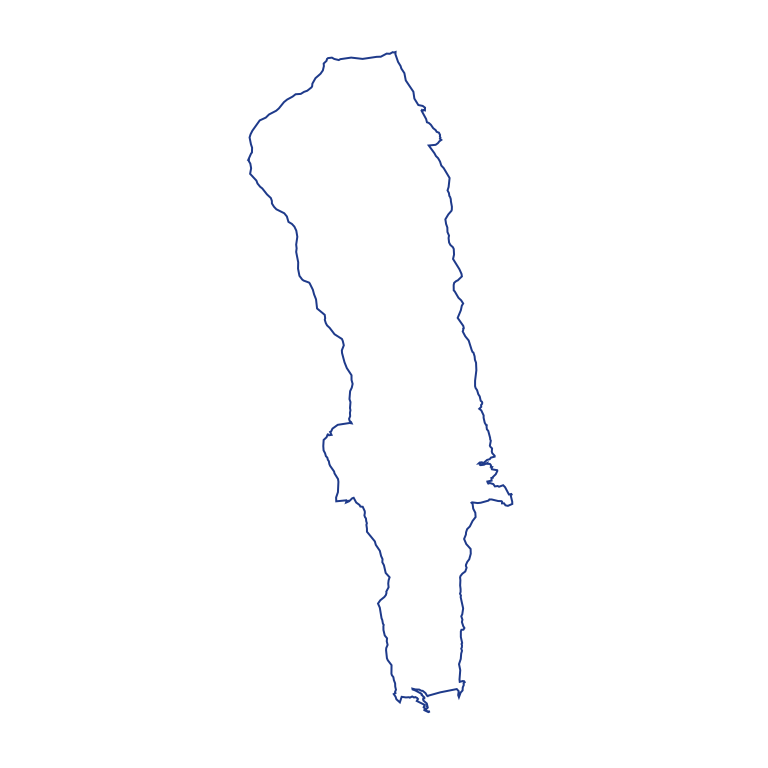 the district of Berlesti, Gorj, Romania, rotated 356°
{"feature_id": "2599482B7961046416190", "entity_name": "Berlesti", "entity_type": "district", "adm_level": 2, "iso_a3": "ROU", "parent_name": "Romania", "parent_adm1": "Gorj", "projection": "equal_earth", "projection_center": [23.658, 44.916], "detail": "fine", "context": "isolated", "style": "outline", "palette": "blue", "viewbox_px": 768, "rotation_deg": 356, "n_neighbors": 0, "source": "geoboundaries", "source_scale": "gbopen_adm2", "svg_char_len": 6128}
<svg xmlns="http://www.w3.org/2000/svg" viewBox="0 0 768 768"><g transform="rotate(356 384 384)"><path d="M436.9,701.7L438.9,697.2L441.0,695.2L441.4,692.2L442.6,689.8L442.5,688.0L443.7,687.1L443.2,686.1L441.9,685.8L438.8,686.4L438.7,684.1L440.1,674.8L439.3,668.7L441.4,663.6L442.2,658.3L443.2,655.6L442.6,653.3L443.3,652.2L443.6,649.9L443.2,648.8L443.9,647.8L443.0,641.7L443.4,636.2L444.1,634.6L446.1,634.6L447.2,633.0L446.2,631.2L445.1,626.9L445.8,624.6L444.9,621.1L446.0,619.2L447.3,613.4L445.6,601.9L446.0,600.4L445.2,598.5L445.9,596.7L446.1,593.9L445.9,590.3L446.5,585.1L446.4,582.3L446.9,580.9L448.9,578.7L452.0,576.7L453.6,573.0L453.0,571.2L453.2,570.0L454.7,567.2L456.8,564.8L458.7,559.4L458.9,554.6L454.9,549.4L453.1,544.2L455.2,539.9L455.5,537.7L456.8,534.6L459.7,532.1L462.8,526.8L466.1,523.1L466.1,518.8L464.3,514.6L464.0,509.7L463.0,508.6L463.6,508.2L469.1,509.3L472.2,509.2L480.1,507.6L481.1,506.5L483.4,506.7L489.7,508.7L493.1,509.1L493.6,509.7L493.4,511.3L495.4,511.4L496.7,513.5L499.1,514.2L503.6,512.6L503.7,510.4L502.6,503.8L503.6,503.2L503.3,502.6L500.9,502.9L497.6,495.4L495.8,493.3L491.6,494.5L490.3,493.7L487.5,493.9L486.1,491.5L482.8,490.2L481.1,490.6L480.5,489.5L480.3,488.5L484.6,487.9L484.6,485.2L486.0,485.1L486.1,484.4L489.2,481.8L491.0,478.6L490.9,477.9L485.7,476.6L485.4,475.5L486.1,474.4L484.8,474.1L485.1,473.2L484.8,472.1L484.0,471.1L481.2,470.8L481.5,470.0L478.1,471.5L474.7,471.7L474.2,471.4L474.7,469.9L472.9,469.9L474.0,469.0L476.0,468.9L476.1,469.5L477.2,469.5L477.3,470.6L477.9,470.7L478.9,468.9L481.6,466.9L484.2,466.4L485.5,464.9L489.3,464.2L489.4,463.4L487.2,460.6L486.8,459.0L487.3,455.8L485.8,454.1L485.3,453.0L486.6,448.0L486.1,446.7L486.1,445.1L484.7,438.0L483.5,436.4L483.3,433.9L483.6,432.3L483.0,432.1L481.8,429.7L481.0,424.6L481.2,422.3L479.2,417.1L477.3,415.4L479.4,413.6L479.4,411.7L480.5,410.6L480.7,409.4L480.4,408.5L479.3,407.5L478.6,403.0L477.4,400.9L476.4,396.6L475.1,394.4L474.7,392.5L475.1,387.0L477.1,376.7L477.3,369.2L476.4,366.2L476.3,362.7L475.4,358.9L474.5,358.2L473.8,356.1L471.5,346.5L468.4,342.1L466.2,337.1L466.9,335.4L466.8,334.4L467.5,333.8L467.1,331.5L462.1,323.2L465.8,315.8L467.1,311.3L468.6,309.2L466.8,305.9L464.3,303.2L461.0,296.5L460.1,295.5L460.4,290.1L461.1,287.9L463.3,286.3L464.8,285.8L469.2,282.1L469.0,279.6L467.2,274.7L461.6,264.1L462.9,259.8L463.0,254.2L462.3,252.4L459.9,249.9L458.8,247.4L458.6,242.9L459.2,240.5L457.9,236.8L458.1,232.3L457.1,228.7L456.7,224.0L460.0,219.3L463.4,215.9L463.8,214.8L464.1,211.9L463.5,206.5L463.5,204.2L463.0,202.1L462.3,200.9L462.1,198.1L460.9,195.3L462.2,192.0L463.8,183.1L458.6,172.8L456.4,170.1L455.4,166.0L453.7,162.5L451.7,160.2L450.4,157.3L445.3,149.2L452.2,149.0L454.6,147.5L456.2,145.7L458.2,144.5L456.9,143.2L457.5,142.1L457.0,141.1L457.3,139.5L456.3,137.1L454.1,136.1L453.3,134.4L450.9,132.2L448.8,128.6L446.9,126.7L445.1,125.9L444.5,122.6L440.5,113.9L441.0,113.3L441.8,114.2L442.6,113.4L443.9,113.9L444.2,111.2L442.0,109.3L437.7,108.1L434.2,101.4L433.7,94.5L426.9,82.7L426.0,75.3L423.3,70.5L422.7,67.9L420.5,63.7L418.4,55.9L418.7,53.6L417.1,54.0L415.8,53.6L412.9,55.0L409.7,54.6L403.6,57.3L399.8,57.1L385.3,58.2L374.0,56.1L363.1,56.9L361.5,57.7L357.1,56.3L354.8,54.8L350.9,55.0L349.8,55.8L349.2,57.6L346.2,60.1L346.2,62.7L344.9,66.9L342.3,70.1L337.0,74.1L333.5,79.4L333.1,81.9L332.4,83.0L327.9,86.1L324.6,87.0L321.2,88.8L316.0,88.8L312.9,90.9L307.2,93.5L303.9,95.8L298.3,101.8L295.5,103.9L288.1,107.1L284.7,110.0L278.4,112.4L270.4,122.1L268.3,125.6L267.1,128.7L268.0,135.6L268.9,139.1L268.4,143.9L267.5,144.8L264.3,150.8L264.9,150.8L264.7,152.2L266.0,154.8L266.5,159.5L265.1,165.0L270.9,172.2L271.8,175.2L274.2,178.6L276.2,180.4L280.5,186.7L284.1,190.6L284.9,193.5L284.8,196.1L286.6,199.5L288.8,202.2L296.4,206.7L298.8,210.1L300.0,215.6L303.3,217.9L305.6,220.8L307.2,224.9L307.8,231.1L306.1,238.9L306.3,242.6L305.6,246.1L306.9,256.6L306.3,263.0L307.2,270.2L309.7,274.1L311.0,275.2L316.3,277.6L316.9,278.4L319.6,285.0L320.5,289.7L322.1,294.8L322.5,304.0L329.7,310.9L329.9,314.3L329.4,315.8L330.2,319.2L331.3,321.6L333.7,324.2L338.1,330.9L345.2,336.2L345.9,338.3L346.6,342.6L344.3,347.5L344.3,350.2L346.1,359.5L348.0,365.5L352.2,373.0L351.9,377.7L352.7,381.7L351.6,385.4L349.7,388.8L348.5,396.7L349.3,399.7L348.4,405.6L348.7,407.8L348.0,410.4L348.0,413.7L346.7,416.4L347.2,418.5L348.5,419.7L349.0,421.0L347.0,420.5L335.0,421.5L329.5,424.9L327.9,427.7L326.9,428.1L328.1,431.1L325.4,431.3L324.5,430.3L324.2,430.5L323.0,433.1L319.9,435.6L319.1,441.7L319.1,446.0L320.4,449.0L321.0,451.9L322.3,453.5L322.7,455.7L323.6,457.2L323.9,460.0L324.5,461.8L328.1,467.8L328.4,469.7L331.5,475.6L331.7,478.4L330.5,488.7L328.3,493.9L328.2,497.7L338.3,497.4L338.5,498.2L338.1,499.2L340.8,497.7L340.0,498.9L341.1,498.5L344.3,495.8L345.8,495.4L348.0,500.3L351.1,502.9L351.9,504.6L354.2,505.0L355.9,509.5L355.9,511.3L355.3,513.7L355.8,515.6L356.6,516.8L356.7,519.6L357.2,521.7L356.6,523.3L356.9,527.0L356.7,530.2L363.9,540.4L364.6,543.9L368.2,550.1L369.1,555.4L370.3,558.6L369.9,561.7L371.3,564.8L372.5,572.6L376.1,577.2L374.9,580.2L374.3,583.4L374.4,587.1L371.8,591.3L371.9,592.6L371.1,594.7L369.5,596.5L365.2,599.5L362.7,602.6L364.2,606.8L365.2,617.5L365.8,619.3L366.2,622.9L366.9,624.3L366.5,625.6L366.3,629.4L367.2,634.9L369.3,637.9L368.8,640.8L369.4,644.5L367.8,647.6L367.5,649.8L367.8,657.8L368.5,659.8L371.9,665.0L371.2,673.6L371.6,675.1L372.9,677.1L373.2,680.1L374.2,683.4L374.1,686.7L374.6,689.8L373.5,692.1L373.9,693.1L372.1,694.0L373.7,696.7L374.4,699.4L377.6,702.7L379.8,697.3L384.0,698.2L387.1,698.2L387.9,698.7L390.3,697.7L392.1,698.8L393.4,698.5L395.1,699.5L395.9,700.6L394.6,702.5L402.3,707.0L401.0,709.2L402.1,710.4L401.5,712.2L405.4,714.4L406.9,713.9L404.6,713.6L403.2,712.4L403.5,710.6L404.6,710.4L405.1,709.8L404.9,708.8L404.3,708.4L404.8,708.1L404.4,705.7L401.3,702.6L401.0,701.1L401.4,700.2L402.3,700.3L402.4,699.5L399.8,696.7L400.1,696.2L399.6,695.5L393.7,691.8L391.2,690.7L391.1,689.9L394.1,690.9L397.8,691.3L399.8,692.6L401.2,692.8L403.8,695.2L405.2,698.0L406.6,698.9L406.0,698.1L418.7,695.5L435.3,693.4L437.1,695.7L436.3,699.5L436.9,701.7Z" fill="none" stroke="#1e3a8a" stroke-width="2"/></g></svg>